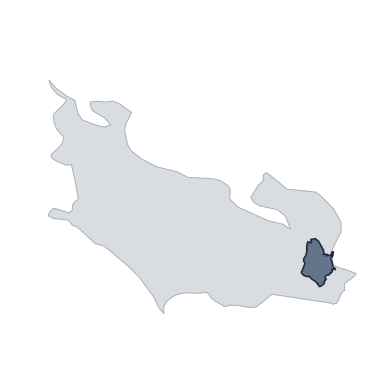 Liberia, Guanacaste, Costa Rica (highlighted), rotated 169°
{"feature_id": "36466004B57161008538161", "entity_name": "Liberia", "entity_type": "district", "adm_level": 2, "iso_a3": "CRI", "parent_name": "Costa Rica", "parent_adm1": "Guanacaste", "projection": "albers", "projection_center": [-85.52, 10.692], "detail": "fine", "context": "in_parent", "style": "filled", "palette": "slate", "viewbox_px": 384, "rotation_deg": 169, "n_neighbors": 0, "source": "geoboundaries", "source_scale": "gbopen_adm2", "svg_char_len": 6338}
<svg xmlns="http://www.w3.org/2000/svg" viewBox="0 0 384 384"><g transform="rotate(169 192 192)"><path d="M337.5,196.0L337.0,197.6L335.5,199.4L333.4,201.1L330.5,202.3L323.6,198.8L316.8,194.9L313.1,196.7L311.7,202.0L309.2,204.7L306.1,205.8L304.8,207.6L304.7,225.2L305.1,241.9L310.2,242.2L318.8,247.9L322.5,251.3L323.7,254.4L322.7,256.0L316.4,259.7L310.3,264.3L307.3,270.1L312.8,279.3L314.0,285.6L313.8,292.1L312.4,295.3L300.6,303.0L298.0,305.6L298.4,307.6L304.9,312.7L308.1,317.7L310.7,323.8L311.1,329.1L305.1,319.3L296.8,310.1L289.6,304.4L288.9,290.9L286.0,283.7L275.2,277.0L265.9,272.4L259.1,273.4L263.4,281.1L274.3,290.9L275.0,294.7L274.9,299.8L267.4,299.1L260.8,297.0L252.8,296.4L247.5,293.4L236.1,281.7L244.0,271.5L246.5,264.9L246.2,251.2L244.3,244.5L235.6,234.4L221.7,223.4L202.3,214.4L193.1,207.1L170.5,201.5L161.8,197.8L155.1,191.0L154.1,186.0L156.4,178.4L150.1,168.7L123.2,149.6L108.1,142.6L104.8,138.5L102.5,137.2L104.8,150.4L111.4,158.3L128.6,165.7L133.3,170.0L135.3,175.6L125.3,186.4L120.2,189.1L118.7,195.0L115.4,196.8L112.0,193.4L98.0,176.6L71.0,168.5L66.2,163.5L56.1,148.1L51.5,134.1L53.2,124.7L64.3,110.2L67.7,103.8L67.0,99.9L67.4,94.1L63.3,90.1L53.0,84.9L46.5,80.6L48.3,78.6L60.0,72.9L60.8,67.8L60.7,66.1L62.6,65.8L64.3,64.4L65.4,63.0L68.6,58.1L71.4,55.3L74.6,54.9L78.5,57.0L93.3,62.2L109.7,68.1L133.1,76.4L142.8,71.0L151.1,66.9L156.9,67.5L169.5,72.2L177.0,73.7L181.7,73.2L189.7,80.2L194.1,85.4L194.9,88.9L197.3,90.8L203.6,91.1L218.9,94.6L228.3,93.9L236.8,90.1L241.5,85.5L242.9,78.4L245.1,81.9L247.6,87.4L248.8,94.5L259.9,118.2L268.8,131.4L288.3,155.4L296.7,159.8L311.0,179.1L315.9,182.3L318.7,188.0L333.4,192.6L337.5,196.0Z" fill="#d9dde1" stroke="#a8b0b8" stroke-width="1"/><path d="M86.3,77.4L85.8,77.5L85.6,77.4L85.5,77.1L85.5,76.4L85.4,75.9L85.4,75.1L85.1,75.0L84.8,74.9L84.5,74.8L84.3,74.8L84.1,74.9L83.6,75.1L83.4,75.2L82.8,75.2L82.8,75.4L82.3,75.4L82.0,75.7L81.4,76.0L81.0,76.0L80.8,76.2L80.1,76.6L79.7,76.9L79.6,77.0L79.6,77.3L79.5,77.6L79.3,77.8L79.3,78.0L79.5,78.0L79.6,78.4L79.4,78.7L79.0,79.0L78.9,79.1L78.6,79.4L78.4,79.6L78.2,79.6L78.0,79.9L77.7,80.1L77.2,80.3L76.8,80.7L76.8,80.8L77.0,81.1L77.2,81.3L77.4,81.3L77.5,81.5L77.6,82.0L77.7,82.3L77.7,82.7L77.8,82.8L77.6,83.2L77.4,83.3L77.4,83.6L77.0,83.9L76.6,84.0L76.3,84.2L76.2,84.1L75.7,84.2L75.5,84.4L75.2,84.6L74.9,84.6L74.7,84.7L74.1,84.5L73.8,84.4L73.1,84.5L72.9,84.8L72.4,85.1L72.1,85.5L71.9,86.2L71.5,86.1L71.2,85.9L70.7,86.1L70.5,86.3L70.1,86.6L69.9,86.9L69.5,87.1L69.3,87.5L69.2,88.1L69.4,88.2L69.7,88.7L69.7,89.1L69.5,89.3L68.9,89.2L67.9,89.0L67.6,89.0L67.4,89.2L67.3,89.3L66.8,88.9L66.7,88.7L66.4,88.5L65.9,89.2L66.4,89.9L66.6,90.0L66.8,90.5L67.3,90.9L67.3,91.0L67.5,91.3L67.6,91.5L67.9,91.9L68.0,92.1L68.2,92.5L68.2,93.0L67.9,93.5L67.7,94.0L67.7,94.4L67.8,94.7L67.9,95.4L67.8,95.8L67.8,96.3L68.3,97.9L68.3,98.1L68.2,98.2L68.2,98.5L68.3,98.8L68.4,99.3L68.4,99.5L68.5,100.1L68.2,100.9L68.1,101.1L67.7,101.2L67.4,101.3L67.2,101.3L66.7,101.4L66.5,101.6L66.7,101.8L66.8,101.7L67.0,101.8L66.8,102.2L66.7,102.3L66.4,102.2L66.0,102.7L65.7,102.9L65.6,103.1L65.9,103.3L66.3,103.3L66.9,103.1L66.9,103.3L66.3,103.8L66.0,103.7L65.8,104.0L65.6,104.0L65.4,104.3L65.2,104.6L65.2,104.8L65.5,105.0L65.4,105.4L65.3,105.6L65.1,105.7L64.9,105.8L64.7,105.8L64.6,106.0L64.8,106.2L64.9,106.4L65.1,106.5L65.3,106.5L65.5,106.2L65.8,106.0L66.4,106.0L66.7,105.6L66.7,105.4L66.8,105.2L66.7,104.9L66.8,104.8L66.9,104.7L66.9,104.4L66.9,104.2L67.9,103.7L68.4,103.2L68.6,103.2L68.9,103.3L69.2,103.5L69.8,103.7L70.3,104.1L70.8,104.8L71.0,104.8L71.0,104.7L70.9,104.5L70.8,104.2L71.2,104.1L71.7,103.7L72.3,103.7L72.0,104.1L71.9,104.4L72.0,104.6L72.1,104.9L72.1,105.1L72.2,105.3L72.4,105.4L74.8,105.6L74.0,106.5L74.1,107.3L74.0,107.6L74.0,107.8L74.2,108.0L74.3,108.2L74.4,108.4L74.2,108.9L74.1,109.2L74.1,109.4L74.1,109.5L74.0,110.0L73.9,110.0L73.9,110.4L74.1,110.5L74.3,110.9L74.6,111.3L74.8,111.7L74.9,112.2L75.1,112.3L75.2,112.5L74.8,113.2L74.8,113.3L75.3,113.7L75.8,113.9L75.9,114.2L75.9,114.5L75.7,115.0L75.8,115.4L75.8,115.6L75.8,116.0L76.2,116.7L76.5,117.3L76.8,117.9L76.8,118.5L76.9,118.9L77.2,119.2L77.3,119.5L77.5,119.7L77.5,120.1L77.6,120.3L78.0,120.7L78.6,120.9L78.8,121.1L78.9,121.3L79.6,121.7L79.6,121.9L79.5,122.2L79.5,122.4L79.6,122.6L79.8,122.7L80.2,122.7L80.4,122.5L80.8,122.5L81.0,122.6L81.6,122.7L82.4,122.7L83.0,122.6L83.3,122.8L83.9,122.9L84.0,122.8L84.5,122.5L84.6,122.3L84.5,122.1L84.1,121.9L84.1,121.7L84.1,121.4L84.4,120.9L84.4,120.3L84.4,120.2L84.2,120.0L84.1,119.8L84.2,119.7L84.3,119.6L85.4,119.5L85.5,119.6L85.8,119.7L85.9,119.8L86.0,120.0L86.4,120.4L86.8,120.6L87.2,120.6L87.7,121.0L87.8,120.8L87.7,120.8L87.8,120.7L87.7,120.6L87.9,120.2L88.4,119.8L88.6,119.5L89.0,119.2L88.9,119.1L88.9,118.5L88.6,118.2L88.6,117.9L89.0,117.8L89.2,117.7L89.4,117.5L89.6,117.2L89.7,116.9L89.9,116.6L89.9,116.4L89.9,116.1L89.9,115.6L90.1,115.3L90.2,115.0L90.0,114.8L89.9,114.6L89.7,114.5L89.7,114.2L90.0,113.9L90.0,113.7L90.3,113.6L90.3,113.4L90.5,113.3L90.5,113.1L90.6,112.9L90.7,112.7L90.6,112.4L90.6,112.1L90.6,111.9L90.8,111.2L91.0,111.0L91.0,110.5L91.3,110.3L91.4,110.1L91.6,109.8L91.6,109.6L92.0,109.1L92.1,108.8L92.2,108.6L92.3,108.3L92.3,108.2L92.2,108.1L92.2,107.9L92.3,107.8L92.7,107.5L93.5,107.0L93.8,106.5L94.5,105.9L95.3,104.8L95.3,104.7L95.2,104.7L95.1,104.3L95.5,103.7L95.5,103.4L95.4,103.2L95.6,102.9L95.5,102.7L95.3,102.4L95.3,102.1L95.3,101.7L95.2,101.5L95.0,101.4L95.0,101.1L94.9,100.9L94.8,100.6L95.1,100.0L95.2,99.7L95.4,99.2L95.6,99.0L96.0,98.4L96.4,98.1L96.4,97.9L96.3,97.7L96.4,97.4L96.4,97.2L96.7,97.1L97.1,96.8L97.5,96.2L97.8,95.9L98.0,95.5L98.1,95.3L98.3,95.1L98.3,94.7L98.4,94.4L98.4,94.1L98.5,93.9L98.6,93.5L98.7,93.4L99.2,93.3L99.8,92.9L99.9,92.7L99.8,92.4L99.8,92.1L100.0,91.8L99.9,91.4L99.6,91.2L99.3,90.8L99.3,90.5L99.1,90.3L99.1,90.0L99.0,89.8L98.9,89.5L98.7,89.4L98.1,88.9L97.9,88.8L97.8,88.7L97.7,88.6L97.7,88.4L97.3,88.3L97.3,88.2L97.1,88.1L96.9,87.9L96.7,87.8L96.3,87.7L95.8,87.4L95.6,87.2L95.3,87.1L95.0,86.9L94.4,86.9L94.2,86.8L93.5,86.8L93.3,86.7L92.9,86.3L92.8,86.1L92.7,86.1L92.5,86.3L92.5,86.0L92.3,85.6L91.4,84.1L91.2,83.9L91.1,83.7L90.5,83.2L90.2,83.0L90.0,82.6L89.8,82.3L89.7,82.2L89.5,82.3L89.3,82.2L89.2,81.9L88.9,81.6L88.8,81.3L88.6,81.3L88.0,80.6L87.7,80.6L87.5,80.3L87.5,80.0L87.4,79.7L86.5,79.0L86.4,78.9L86.5,78.7L86.5,78.4L86.6,78.2L86.5,77.5L86.3,77.4Z" fill="#64748b" stroke="#1e293b" stroke-width="1.5"/></g></svg>